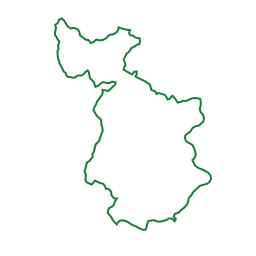 outline of Paraisópolis, Minas Gerais, Brazil, rotated 101°
{"feature_id": "56859067B39905941746650", "entity_name": "Paraisópolis", "entity_type": "district", "adm_level": 2, "iso_a3": "BRA", "parent_name": "Brazil", "parent_adm1": "Minas Gerais", "projection": "robinson", "projection_center": [-45.837, -22.581], "detail": "fine", "context": "isolated", "style": "outline", "palette": "green", "viewbox_px": 256, "rotation_deg": 101, "n_neighbors": 0, "source": "geoboundaries", "source_scale": "gbopen_adm2", "svg_char_len": 3223}
<svg xmlns="http://www.w3.org/2000/svg" viewBox="0 0 256 256"><g transform="rotate(101 128 128)"><path d="M210.6,64.4L208.2,63.7L206.2,66.1L203.4,65.7L201.8,62.8L200.2,61.3L198.2,60.1L196.5,58.5L194.7,57.1L192.3,55.8L189.1,54.8L186.7,55.1L184.3,54.6L182.0,52.9L179.1,52.2L176.6,50.5L173.7,48.2L171.4,46.8L169.8,44.2L168.7,41.7L167.2,39.1L165.0,37.5L162.0,36.8L159.0,37.9L156.7,40.5L155.7,43.4L154.7,46.4L153.9,51.0L152.3,54.6L149.4,57.2L147.2,58.6L144.6,56.9L141.3,56.3L138.9,57.4L136.0,58.7L133.8,60.3L132.0,62.2L131.1,65.2L130.2,67.8L128.6,69.4L126.3,70.3L124.2,70.3L122.3,68.7L120.8,67.2L118.8,65.8L115.7,64.6L113.4,62.0L112.0,58.6L109.5,57.1L107.6,55.5L105.4,55.1L103.3,55.6L100.5,57.0L98.5,59.8L95.6,61.2L92.3,61.0L89.4,61.3L85.7,62.6L85.6,66.3L86.2,69.7L87.9,72.7L90.2,75.7L90.8,79.3L92.2,81.0L93.6,84.0L91.7,86.0L89.6,87.9L87.9,90.5L89.6,91.8L91.5,92.7L92.4,94.7L90.4,96.0L88.4,98.5L88.1,101.8L87.8,104.5L89.1,106.4L87.2,107.7L86.6,109.9L86.0,112.6L83.2,113.6L80.9,115.0L80.0,117.6L78.9,119.9L78.2,122.7L77.6,125.1L76.9,128.0L75.9,130.6L73.4,129.7L70.8,130.3L71.5,132.5L74.6,134.1L73.9,136.6L72.8,140.2L71.5,143.6L69.3,143.4L67.1,142.4L64.2,143.6L61.6,145.4L58.7,144.5L55.2,143.5L52.9,141.4L49.5,140.3L47.9,138.8L46.6,136.8L44.7,135.3L43.4,132.8L40.2,132.8L37.7,133.7L38.0,136.1L37.6,138.3L36.5,140.3L36.4,143.6L34.5,145.2L31.5,144.7L31.8,147.7L31.7,150.6L31.5,153.5L31.0,156.4L33.5,156.3L36.0,157.3L38.7,160.1L39.8,163.2L41.5,165.0L44.2,166.8L46.4,169.4L47.3,172.5L47.3,176.1L50.1,178.1L51.7,180.6L49.2,183.6L49.4,186.3L47.9,189.3L45.9,193.0L43.0,194.1L40.9,195.9L40.0,200.2L41.2,203.3L40.1,206.2L36.9,209.3L34.7,211.3L33.1,213.9L34.8,216.3L38.0,216.9L40.9,219.2L43.2,217.8L46.0,217.8L48.4,217.9L50.7,217.4L52.4,215.4L54.5,214.0L56.1,212.0L58.4,212.1L61.1,212.3L63.3,211.3L66.2,211.9L68.8,211.3L71.0,210.7L73.5,209.7L75.6,208.3L77.8,207.4L79.6,205.8L81.8,204.0L84.5,202.3L86.0,199.7L87.9,198.7L89.2,197.0L89.0,194.7L89.2,192.0L88.5,189.6L86.1,187.6L85.4,183.8L83.4,181.6L81.1,180.4L79.2,178.6L80.9,177.0L83.4,176.1L86.5,174.8L88.2,172.0L89.6,170.0L91.8,169.1L93.8,167.9L92.1,165.0L89.6,163.4L87.8,161.5L87.8,157.7L87.5,154.8L85.5,152.4L85.6,148.7L88.2,149.0L91.0,151.3L93.3,152.8L95.3,154.2L95.4,157.4L95.4,160.3L97.8,159.5L100.6,159.9L103.1,161.2L106.1,162.4L108.0,163.5L110.7,163.8L113.7,164.8L116.9,165.4L119.7,163.0L122.3,160.7L123.9,157.7L125.4,155.8L128.0,155.2L130.2,154.6L132.3,153.4L135.5,152.3L138.7,152.9L141.9,153.3L144.2,153.7L146.2,153.9L148.3,155.3L150.2,156.6L152.3,156.8L154.5,156.8L157.5,157.0L160.5,157.9L163.4,157.2L166.2,158.8L168.1,159.8L169.7,161.8L172.5,161.9L175.9,162.1L179.0,162.4L181.8,160.4L184.7,160.0L186.8,160.0L189.1,158.5L190.5,152.9L185.9,150.4L187.3,145.1L187.6,141.5L190.0,139.2L191.9,138.2L191.5,135.7L193.7,132.3L197.1,131.5L199.6,128.2L199.4,125.5L202.1,126.7L205.4,127.1L207.6,128.0L210.1,131.1L212.2,131.8L215.2,131.7L218.1,128.1L222.0,124.5L224.8,120.6L222.2,119.6L220.3,118.1L219.6,114.9L219.9,111.7L220.9,108.9L222.3,105.5L223.0,101.5L224.0,98.9L224.6,96.5L225.0,93.8L224.5,91.4L221.7,90.8L218.0,90.8L215.4,90.3L214.6,87.9L213.5,85.1L214.2,81.6L213.7,78.2L212.3,75.1L211.1,73.1L208.9,70.3L208.6,67.1L210.6,64.4Z" fill="none" stroke="#15803d" stroke-width="2"/></g></svg>